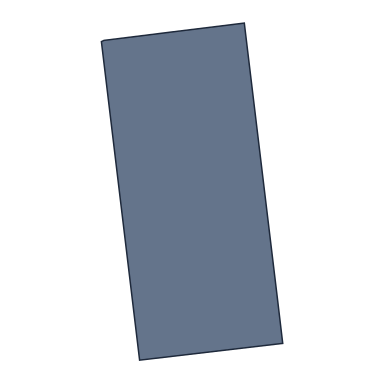 the district of Edmunds, South Dakota, United States of America, rotated 263°
{"feature_id": "52423323B63340184884182", "entity_name": "Edmunds", "entity_type": "district", "adm_level": 2, "iso_a3": "USA", "parent_name": "United States of America", "parent_adm1": "South Dakota", "projection": "natural_earth1", "projection_center": [-99.076, 45.419], "detail": "fine", "context": "isolated", "style": "filled", "palette": "slate", "viewbox_px": 384, "rotation_deg": 263, "n_neighbors": 0, "source": "geoboundaries", "source_scale": "gbopen_adm2", "svg_char_len": 264}
<svg xmlns="http://www.w3.org/2000/svg" viewBox="0 0 384 384"><g transform="rotate(263 192 192)"><path d="M353.3,264.5L353.3,192.4L353.2,123.1L352.3,120.4L31.5,119.5L30.7,263.6L75.0,263.8L353.3,264.5Z" fill="#64748b" stroke="#1e293b" stroke-width="1.5"/></g></svg>